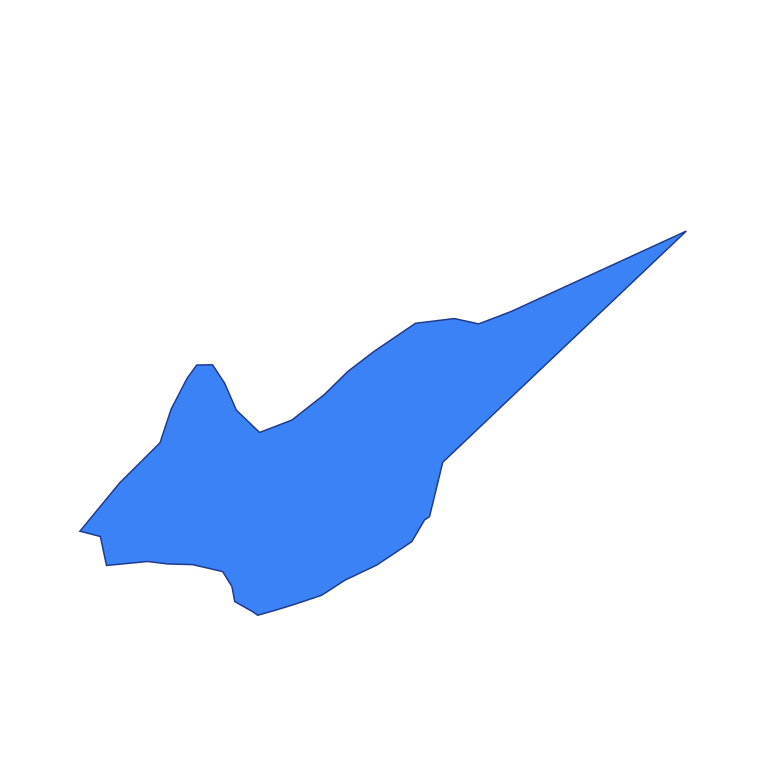 Gullspång, Västra Götaland, Sweden (Robinson projection), rotated 139°
{"feature_id": "70781695B77814656475649", "entity_name": "Gullspång", "entity_type": "district", "adm_level": 2, "iso_a3": "SWE", "parent_name": "Sweden", "parent_adm1": "Västra Götaland", "projection": "robinson", "projection_center": [14.167, 58.943], "detail": "fine", "context": "isolated", "style": "filled", "palette": "blue", "viewbox_px": 768, "rotation_deg": 139, "n_neighbors": 0, "source": "geoboundaries", "source_scale": "gbopen_adm2", "svg_char_len": 649}
<svg xmlns="http://www.w3.org/2000/svg" viewBox="0 0 768 768"><g transform="rotate(139 384 384)"><path d="M55.5,301.1L240.7,355.4L273.2,367.3L287.9,387.2L320.4,409.2L370.7,415.2L403.2,417.2L435.7,415.2L477.1,417.2L509.7,429.1L512.6,461.1L503.8,489.0L500.8,511.0L512.9,521.2L529.1,517.4L561.3,504.6L591.6,486.6L648.4,482.8L710.1,472.4L698.1,455.0L712.5,429.1L678.8,405.1L665.4,390.2L647.1,373.4L628.8,348.2L631.7,330.8L638.6,319.1L639.4,317.8L632.6,298.5L631.0,292.3L615.2,284.9L595.6,276.2L569.7,265.5L541.9,261.5L508.2,252.1L466.4,246.8L442.6,254.8L436.6,254.1L391.0,286.4L55.5,301.1Z" fill="#3b82f6" stroke="#1e3a8a" stroke-width="1.5"/></g></svg>